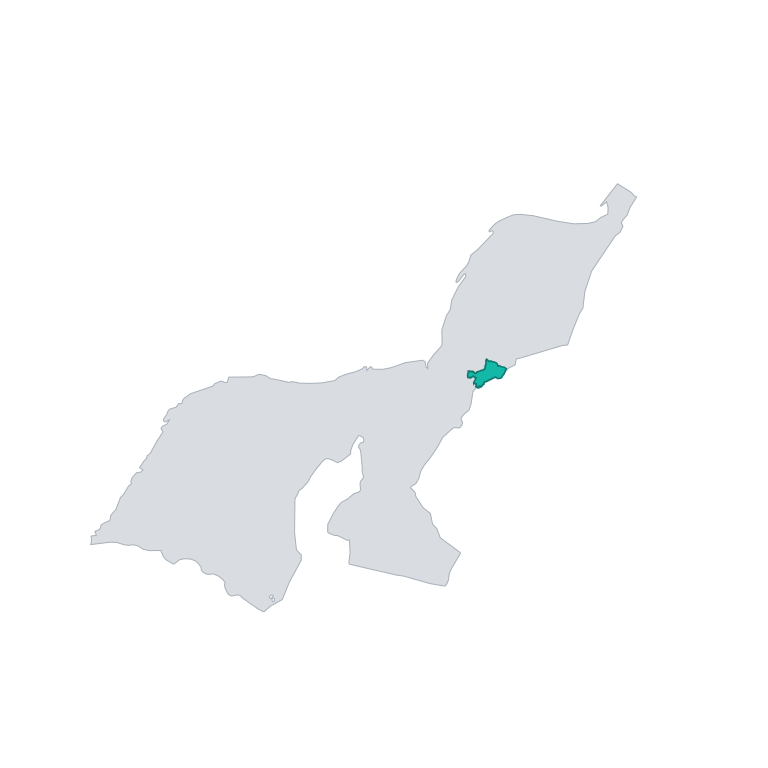 Mossurize, Manica, Mozambique (highlighted), rotated 214°
{"feature_id": "85939544B24800488676804", "entity_name": "Mossurize", "entity_type": "district", "adm_level": 2, "iso_a3": "MOZ", "parent_name": "Mozambique", "parent_adm1": "Manica", "projection": "natural_earth1", "projection_center": [33.088, -20.472], "detail": "fine", "context": "in_parent", "style": "filled", "palette": "teal", "viewbox_px": 768, "rotation_deg": 214, "n_neighbors": 0, "source": "geoboundaries", "source_scale": "gbopen_adm2", "svg_char_len": 7898}
<svg xmlns="http://www.w3.org/2000/svg" viewBox="0 0 768 768"><g transform="rotate(214 384 384)"><path d="M253.6,519.1L257.9,515.4L286.6,480.4L288.4,479.0L286.0,473.2L289.8,466.5L290.2,455.9L291.4,454.2L295.7,450.7L301.8,439.9L305.5,431.5L306.0,427.4L300.6,416.0L298.9,409.8L300.6,404.5L301.1,399.5L300.4,397.9L297.1,395.8L296.5,393.6L296.5,391.0L297.2,389.5L301.3,387.2L302.2,385.9L305.5,372.6L304.4,362.5L304.4,351.0L305.2,339.2L304.8,332.4L302.2,324.7L301.9,319.1L303.8,315.2L304.1,312.9L297.8,311.6L294.5,308.4L282.4,303.3L273.1,302.6L265.3,294.9L259.2,293.6L251.4,288.0L226.8,286.9L225.9,286.3L224.9,269.2L224.0,263.6L221.0,257.5L220.1,253.3L220.3,250.6L233.9,244.4L260.6,235.6L266.5,232.7L312.0,215.2L313.3,216.3L317.8,225.2L325.4,235.3L327.2,233.9L338.1,232.3L339.8,231.0L343.1,230.1L346.9,229.5L348.2,230.1L352.2,236.4L353.6,248.1L353.7,256.0L353.3,261.7L350.0,268.2L347.6,276.4L344.1,280.9L344.2,283.0L348.1,288.0L349.0,290.0L348.7,294.3L349.4,296.0L352.8,298.7L355.4,302.7L365.2,314.6L367.8,316.8L369.7,317.3L370.7,319.6L370.2,322.4L368.6,323.9L369.2,326.2L371.1,327.9L375.6,327.6L376.2,326.8L375.9,316.3L374.4,310.2L372.5,307.4L376.3,296.1L378.4,292.9L385.8,291.7L389.2,290.6L390.6,289.2L391.7,285.6L392.7,275.5L393.0,266.1L392.3,260.5L393.4,252.2L395.0,247.0L394.2,246.0L393.6,239.0L375.2,211.0L364.7,198.5L362.9,197.2L357.1,196.2L354.1,191.6L351.6,166.5L347.8,148.4L353.9,136.4L355.9,128.7L357.1,127.6L362.3,127.1L380.7,127.4L385.2,128.1L387.3,127.3L392.1,122.7L396.0,122.7L401.2,125.7L404.1,128.3L404.6,130.5L408.1,131.8L414.7,132.2L419.6,131.0L422.6,128.3L425.7,126.9L429.0,126.8L431.5,127.7L433.2,129.7L436.4,131.1L441.2,132.0L446.5,130.7L452.1,127.3L455.4,123.7L457.2,117.7L458.2,116.9L466.2,116.4L470.5,117.5L475.9,121.2L485.4,114.6L491.4,112.3L497.0,112.3L501.7,110.7L505.4,107.5L509.3,105.5L517.1,103.1L522.5,99.8L537.3,86.9L538.9,90.7L541.8,94.1L537.9,97.8L541.3,100.2L538.8,103.7L538.5,106.2L539.7,108.7L538.0,112.8L535.8,115.9L535.2,118.3L537.1,122.5L536.1,130.0L539.0,142.6L538.1,146.7L538.7,156.6L537.5,160.2L539.4,161.5L540.4,165.4L539.5,172.2L536.2,175.1L535.8,178.0L539.9,178.0L539.9,186.7L539.3,189.2L540.2,192.1L539.0,195.3L540.3,209.1L540.4,219.2L540.6,220.8L544.1,222.5L544.0,225.3L541.7,228.9L541.8,234.2L544.3,230.0L545.8,230.0L547.2,231.7L547.2,237.7L547.9,240.7L547.6,243.4L543.4,248.4L543.1,253.3L541.5,253.9L540.8,255.1L541.8,257.9L541.7,260.4L538.8,268.0L524.8,286.4L524.5,289.5L520.8,295.3L517.0,296.2L514.9,297.8L516.5,302.9L497.8,315.8L496.0,317.6L492.9,322.3L486.8,324.8L480.2,325.1L479.0,326.1L464.0,332.1L461.0,334.9L454.5,337.5L444.4,344.0L436.2,350.1L426.7,359.3L425.5,364.2L421.0,370.7L414.4,378.3L410.4,384.6L410.1,387.4L407.8,388.3L405.8,385.6L405.0,390.7L403.4,391.1L401.6,390.0L393.2,395.5L387.0,401.7L378.2,413.7L365.4,425.2L362.5,425.5L358.4,421.5L356.3,421.2L359.5,425.5L359.3,435.3L357.7,446.7L357.9,449.2L366.3,461.2L370.4,475.3L370.7,482.6L374.9,491.9L376.7,505.9L376.3,518.9L378.3,521.0L379.1,519.1L379.5,511.0L380.6,508.7L381.7,509.1L382.8,513.5L383.2,518.2L381.6,528.4L382.0,532.6L384.1,539.5L381.6,547.5L377.7,569.8L378.6,571.2L380.5,571.7L381.2,569.3L382.3,569.3L382.9,570.7L381.3,579.5L379.7,583.3L374.1,592.7L371.1,596.8L366.1,600.7L354.5,606.9L331.1,615.9L316.3,622.9L304.6,631.2L299.5,636.8L297.4,643.3L293.4,649.9L296.8,655.5L301.2,659.5L303.3,652.9L304.4,652.8L302.4,680.6L286.3,681.1L281.7,680.0L279.1,680.3L278.8,668.6L276.9,660.0L277.7,653.8L277.4,650.4L274.0,648.2L273.2,641.5L275.1,636.4L275.0,593.8L269.3,573.2L261.6,558.3L261.2,551.0L257.7,534.5L253.6,519.1ZM357.9,146.7L359.8,145.6L360.1,143.5L358.8,142.5L357.8,142.8L357.2,146.1L357.9,146.7ZM356.6,142.9L355.0,141.4L353.9,141.8L353.5,143.1L354.7,144.8L356.0,144.8L356.6,142.9Z" fill="#d9dde1" stroke="#a8b0b8" stroke-width="1"/><path d="M318.1,436.2L318.0,436.3L317.8,436.4L317.8,436.6L317.7,436.6L317.5,436.8L317.3,436.8L317.2,437.0L316.6,437.0L316.4,437.1L316.1,437.1L316.2,437.3L316.1,437.6L315.9,437.6L315.7,437.8L315.5,437.7L315.4,437.8L315.4,438.2L315.4,438.4L315.3,438.5L315.2,438.6L315.2,438.8L315.0,439.0L314.9,439.3L314.7,439.5L314.8,439.6L314.8,439.9L314.6,440.0L314.4,440.2L314.4,440.3L314.2,440.2L314.1,440.3L313.9,440.4L313.4,440.2L313.2,440.2L313.1,440.3L312.8,440.3L312.7,440.5L312.7,440.4L312.3,440.3L312.2,440.4L312.0,440.5L312.0,440.4L311.9,440.3L311.8,440.1L311.7,440.0L311.5,440.3L311.4,440.8L311.2,440.8L311.0,440.7L310.9,440.5L310.9,440.2L311.0,439.8L310.7,438.5L310.7,437.5L310.5,436.6L310.4,435.4L310.3,434.9L310.1,434.7L310.2,435.1L310.3,435.3L310.2,435.3L309.9,435.2L309.7,435.3L309.4,435.4L309.3,435.1L309.2,435.1L309.1,434.9L308.9,435.0L308.7,435.3L308.3,435.4L308.3,435.5L308.0,435.6L308.0,435.3L307.9,435.2L307.5,435.1L307.2,435.3L307.1,435.2L307.0,434.8L306.9,434.7L306.8,434.8L306.7,434.8L306.7,434.7L306.5,434.4L306.6,434.2L306.4,434.0L306.4,433.8L306.6,433.5L306.7,433.3L306.6,433.2L306.3,433.3L306.2,433.2L305.9,433.0L305.5,433.0L305.4,433.1L305.2,433.4L305.0,433.5L304.8,433.4L304.8,433.5L304.6,433.5L304.5,433.3L304.4,433.3L304.1,433.5L303.9,433.5L303.6,433.5L303.4,433.7L303.2,433.7L303.9,435.7L303.8,435.8L303.7,435.8L303.5,435.7L303.3,435.7L303.2,435.8L303.1,436.0L302.7,436.1L302.4,435.9L302.5,435.4L302.5,435.2L302.4,435.2L302.1,435.5L301.9,435.8L301.8,436.0L301.7,436.3L301.7,436.5L301.5,437.0L301.7,437.4L301.6,437.5L301.7,437.9L301.8,438.3L301.8,438.5L301.9,438.8L301.1,439.1L301.1,439.5L301.0,440.0L301.3,440.3L301.6,440.4L301.7,440.5L301.8,440.6L301.6,441.5L301.7,441.8L301.9,442.0L299.7,444.4L299.8,445.3L298.3,447.3L295.6,452.1L292.5,452.1L291.2,453.5L290.5,454.0L290.4,454.6L290.1,455.2L290.1,455.3L290.1,455.7L290.1,455.9L290.2,456.1L290.2,456.3L290.1,456.5L290.2,457.0L290.4,457.6L290.1,459.4L290.5,461.2L291.1,465.1L292.2,465.1L293.6,465.2L295.8,464.1L298.7,463.7L298.9,463.4L299.1,463.2L299.3,462.7L299.6,462.4L299.8,462.4L300.0,462.7L300.2,463.1L300.4,463.3L300.8,463.5L301.1,463.9L301.7,464.1L302.3,464.2L302.8,464.2L303.1,464.3L305.6,463.7L307.8,462.6L308.4,462.9L309.0,461.6L309.4,461.8L309.8,461.7L310.1,461.7L310.5,461.7L310.9,461.6L311.4,461.8L311.6,462.0L312.0,462.1L312.4,461.9L312.5,462.0L312.9,462.0L312.9,461.9L312.9,461.6L312.9,461.4L312.7,461.3L312.7,461.2L312.4,461.2L312.2,461.1L312.2,460.8L312.1,460.7L312.2,460.4L312.2,460.1L312.1,459.9L311.9,459.8L311.9,459.7L312.0,459.7L311.9,459.6L311.9,459.4L311.7,459.3L311.7,459.2L311.4,459.1L311.3,458.9L311.2,458.7L311.3,458.6L311.1,458.4L310.7,458.2L310.8,457.9L310.7,457.8L310.7,457.7L310.7,457.4L310.6,457.1L310.6,456.9L310.5,456.6L310.3,456.5L310.3,456.4L310.4,456.1L310.3,455.9L310.3,455.7L310.2,455.7L310.1,455.8L309.9,455.8L309.9,455.7L309.8,455.3L309.8,455.1L309.8,454.9L309.7,454.9L309.6,454.7L309.5,454.4L309.5,454.2L309.4,454.2L309.3,453.9L309.2,453.8L309.2,453.7L308.9,453.4L308.8,453.1L308.7,453.0L308.7,452.9L309.3,452.4L309.4,452.2L309.3,451.8L309.5,451.5L309.6,451.2L309.6,450.9L309.8,450.6L309.9,450.3L310.2,450.5L310.3,450.4L310.8,450.1L310.9,449.8L311.0,449.7L311.3,449.4L311.3,449.2L311.5,448.8L311.5,448.7L311.9,448.4L312.0,448.1L312.2,447.9L312.4,447.5L312.7,447.1L312.7,446.9L312.7,446.7L312.9,446.6L313.3,446.6L313.5,446.5L313.6,446.1L313.8,445.8L313.8,445.7L313.7,445.5L313.6,445.4L313.5,445.1L313.7,444.7L313.8,444.5L313.8,444.4L314.0,444.3L314.0,444.2L314.2,443.7L314.3,443.6L314.6,443.5L314.8,443.6L315.1,443.9L315.3,444.0L315.4,443.9L315.7,443.8L315.9,443.8L316.1,443.9L316.4,444.2L316.6,444.3L316.9,444.3L317.1,444.3L317.1,444.2L317.3,444.2L317.4,444.3L317.5,444.3L317.6,444.2L317.7,443.5L317.7,443.4L317.8,443.4L318.0,443.4L318.2,443.5L318.3,443.5L318.4,443.4L318.8,443.4L318.9,443.2L319.0,443.0L319.2,442.8L319.3,442.7L319.5,442.5L319.6,442.4L319.7,442.6L319.8,442.7L320.1,442.6L320.4,442.6L320.5,442.6L320.6,442.2L320.9,442.0L321.0,441.9L321.4,441.9L321.5,441.8L321.3,441.6L321.0,441.4L320.9,441.2L320.8,440.7L320.3,439.3L319.9,438.9L319.8,438.1L318.1,436.2Z" fill="#14b8a6" stroke="#0f766e" stroke-width="1.5"/></g></svg>